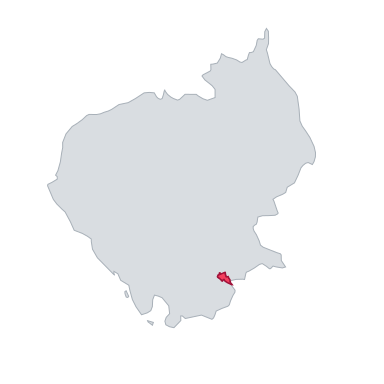 Angkor Borei, Takêv, Cambodia (highlighted), rotated 339°
{"feature_id": "14789045B52246577333094", "entity_name": "Angkor Borei", "entity_type": "district", "adm_level": 2, "iso_a3": "KHM", "parent_name": "Cambodia", "parent_adm1": "Takêv", "projection": "natural_earth1", "projection_center": [104.951, 10.971], "detail": "fine", "context": "in_parent", "style": "filled", "palette": "rose", "viewbox_px": 384, "rotation_deg": 339, "n_neighbors": 0, "source": "geoboundaries", "source_scale": "gbopen_adm2", "svg_char_len": 5275}
<svg xmlns="http://www.w3.org/2000/svg" viewBox="0 0 384 384"><g transform="rotate(339 192 192)"><path d="M320.1,66.0L320.9,69.3L318.8,75.4L316.6,80.9L312.4,85.8L312.2,89.4L310.8,100.0L311.3,103.4L312.3,106.3L313.7,107.8L317.4,118.3L320.7,127.7L324.0,135.5L324.6,140.4L321.7,152.9L318.2,164.3L318.5,170.0L320.0,175.8L321.6,183.4L322.3,193.1L321.4,199.5L319.8,203.4L316.8,207.4L314.2,209.5L311.0,206.1L308.4,205.9L305.0,207.0L302.4,208.5L296.9,214.5L290.9,220.2L282.6,221.7L279.3,226.0L275.9,226.6L269.3,226.8L265.0,227.8L265.2,230.0L264.8,240.1L264.9,242.5L264.2,243.1L261.3,243.5L256.2,241.9L249.3,239.4L244.5,239.0L242.0,243.4L240.5,245.1L238.6,245.4L236.7,246.2L236.0,248.2L235.9,250.6L236.8,254.9L237.2,261.6L236.9,266.2L238.7,269.1L249.2,278.8L252.3,281.3L252.7,282.7L250.8,288.0L252.5,295.5L249.2,295.3L243.7,292.1L241.1,290.2L237.9,291.7L236.8,291.4L234.7,287.8L231.9,284.0L229.0,283.8L222.9,285.3L216.7,286.3L214.3,286.3L213.3,287.0L209.7,292.5L208.2,291.6L201.9,289.4L196.2,288.6L195.0,290.1L195.7,294.6L197.0,299.1L196.2,300.9L193.1,303.3L188.9,307.5L186.4,310.7L184.6,311.5L178.2,311.4L171.9,311.8L169.4,314.9L167.0,317.3L165.0,318.0L156.7,310.3L140.4,307.7L138.6,304.3L137.0,303.7L135.5,308.0L126.5,312.2L122.7,309.7L120.0,306.6L120.4,302.9L123.0,299.8L127.5,297.6L129.5,289.9L126.2,280.0L123.2,277.1L120.0,274.8L116.7,278.5L113.9,284.8L111.0,288.0L106.9,288.8L100.9,288.5L98.6,279.1L97.8,271.1L98.7,261.9L99.6,256.4L93.8,248.9L93.5,241.8L90.7,238.1L89.9,239.9L90.0,242.0L89.2,240.5L80.1,219.5L78.6,209.8L80.2,202.3L81.1,199.8L78.5,195.8L74.8,191.4L68.3,185.5L67.8,176.2L66.4,165.2L64.5,161.5L61.5,154.8L59.9,149.2L59.4,134.4L60.2,133.2L64.8,132.8L70.8,131.7L71.7,129.4L70.7,127.4L74.5,124.0L79.9,116.7L84.2,109.0L87.2,104.2L89.0,99.4L95.2,92.6L103.6,87.9L109.3,86.8L115.3,85.2L121.0,82.9L123.7,82.7L130.8,85.5L134.6,86.2L138.7,86.1L142.8,86.4L146.5,86.1L155.2,84.2L164.4,85.7L172.6,84.5L182.8,82.3L187.8,83.7L192.3,85.9L193.0,90.4L194.0,92.5L195.6,94.1L197.6,94.1L200.2,90.9L202.3,87.7L203.1,87.1L203.2,88.7L204.2,92.2L206.2,95.7L208.1,98.0L211.4,101.0L213.6,101.1L220.5,98.3L231.0,102.4L232.2,104.5L235.6,108.8L239.2,111.9L247.4,112.1L250.3,104.5L248.9,100.0L244.2,92.0L242.9,87.3L244.4,86.5L252.3,85.6L253.5,84.6L255.3,79.5L257.4,80.1L261.8,80.7L266.4,77.2L269.1,73.5L270.6,75.2L272.2,77.8L274.0,79.3L277.3,81.5L281.0,84.7L283.3,87.8L285.1,89.0L289.8,88.1L291.0,88.2L293.7,84.5L295.6,82.4L297.2,83.0L299.6,83.0L304.5,78.2L307.2,73.8L308.8,72.7L313.1,74.8L314.9,74.4L317.4,68.4L320.1,66.0ZM95.5,266.7L94.6,267.3L93.8,267.3L92.9,266.4L93.0,263.0L93.6,261.0L95.1,260.6L95.5,266.7ZM109.2,299.9L107.3,302.2L104.4,297.5L104.4,296.2L109.2,299.9Z" fill="#d9dde1" stroke="#a8b0b8" stroke-width="1"/><path d="M194.2,278.9L193.9,278.8L193.7,278.8L193.4,278.9L193.2,278.9L192.9,278.9L192.6,278.8L192.3,278.8L192.0,278.9L191.7,278.9L191.4,278.9L191.2,278.9L190.8,278.9L190.5,278.9L190.2,278.9L189.8,278.9L189.7,278.9L189.3,279.0L189.2,279.0L189.2,278.0L189.2,277.5L189.1,277.4L188.9,277.4L188.7,277.4L188.6,277.6L188.6,277.8L188.4,277.8L188.4,278.1L188.4,278.3L188.2,278.4L188.2,278.6L187.7,278.6L187.4,278.7L187.5,278.8L187.5,279.0L187.4,279.0L187.2,279.0L186.9,279.0L186.6,279.0L186.3,279.0L186.3,279.4L186.1,279.5L185.9,279.7L185.7,279.8L185.4,280.1L185.4,280.4L185.4,280.6L185.4,280.8L185.5,280.9L185.5,281.0L185.9,281.3L186.0,281.6L186.0,281.9L186.1,282.0L186.3,282.1L186.5,282.2L186.7,282.4L186.8,282.5L186.9,282.8L187.0,283.0L187.0,283.3L187.0,283.5L187.2,283.8L187.3,283.8L187.4,284.0L187.5,284.1L187.7,284.3L187.8,284.4L187.8,284.5L187.9,284.8L187.9,285.0L187.7,285.1L187.7,285.3L187.8,285.4L187.9,285.5L188.0,285.6L188.2,285.8L188.3,285.8L188.3,286.0L188.5,286.1L188.7,285.9L188.7,285.7L188.8,285.6L188.9,285.4L189.0,285.4L189.3,285.3L189.5,285.3L189.8,285.3L190.0,285.5L190.3,285.5L190.4,285.4L190.5,285.3L190.6,285.2L190.7,285.4L190.7,285.5L190.7,285.8L190.7,286.1L190.7,286.3L190.7,286.6L190.8,286.7L190.8,286.8L191.0,287.0L191.1,287.3L191.2,287.5L191.3,287.5L191.5,287.8L191.6,288.0L191.8,288.2L191.9,288.3L192.0,288.4L192.0,288.5L192.2,288.8L192.3,289.0L192.5,289.3L192.8,289.5L193.0,289.7L193.1,289.8L193.2,290.0L193.3,290.0L193.5,290.2L193.6,290.3L193.7,290.5L193.8,290.6L194.0,290.8L194.2,291.0L194.3,291.0L194.5,291.3L194.7,291.5L194.8,291.6L194.9,291.8L195.1,292.0L195.3,292.2L195.4,292.3L195.6,292.5L195.8,292.7L196.1,292.8L196.3,292.9L196.2,292.5L196.1,292.3L196.1,292.2L196.0,291.9L195.9,291.8L195.8,291.5L195.8,291.4L195.7,291.3L195.7,291.2L195.6,290.9L195.5,290.5L195.4,290.1L195.4,289.8L195.4,289.7L195.5,289.7L195.7,289.4L195.6,289.2L195.5,288.9L195.6,288.7L195.8,288.2L195.9,287.9L196.0,287.7L195.9,287.4L195.8,287.2L195.8,286.9L195.8,286.7L195.7,286.3L195.6,286.1L195.5,285.8L195.4,285.7L195.5,285.5L195.5,285.3L195.5,285.1L195.5,284.8L195.5,284.6L195.5,284.3L195.4,284.2L195.4,283.9L195.1,283.9L194.8,283.9L194.6,283.8L194.3,283.7L194.1,283.7L193.9,283.6L193.7,283.5L193.5,283.4L193.4,283.2L193.5,282.9L193.5,282.7L193.6,282.4L193.6,282.2L193.7,281.9L193.8,281.9L193.8,281.7L193.7,281.6L193.6,281.4L193.5,281.2L193.6,280.9L193.7,280.7L193.8,280.6L193.8,280.4L193.7,280.3L193.7,280.2L193.8,280.1L194.0,280.0L194.0,279.9L194.0,279.7L194.1,279.4L194.2,279.2L194.2,278.9L194.2,278.9Z" fill="#f43f5e" stroke="#9f1239" stroke-width="1.5"/></g></svg>